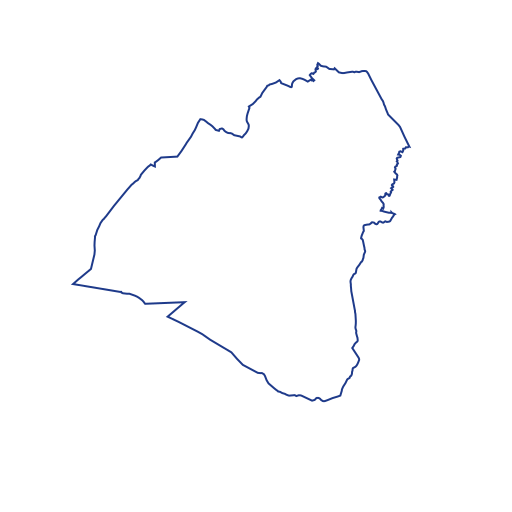 outline of Jilotzingo, México, Mexico, rotated 340°
{"feature_id": "50627088B53803503367130", "entity_name": "Jilotzingo", "entity_type": "district", "adm_level": 2, "iso_a3": "MEX", "parent_name": "Mexico", "parent_adm1": "México", "projection": "robinson", "projection_center": [-99.376, 19.498], "detail": "fine", "context": "isolated", "style": "outline", "palette": "blue", "viewbox_px": 512, "rotation_deg": 340, "n_neighbors": 0, "source": "geoboundaries", "source_scale": "gbopen_adm2", "svg_char_len": 6086}
<svg xmlns="http://www.w3.org/2000/svg" viewBox="0 0 512 512"><g transform="rotate(340 256 256)"><path d="M74.5,219.8L115.9,243.2L117.1,243.6L117.1,244.4L118.2,245.5L121.8,247.3L124.2,248.2L128.7,251.9L130.5,253.7L131.9,255.5L133.9,258.6L134.6,260.2L135.3,262.5L135.5,263.0L173.2,275.0L170.6,275.9L152.2,282.8L160.7,291.4L175.3,307.1L178.7,311.0L184.3,319.0L199.9,338.1L203.0,346.2L206.4,353.8L217.7,366.4L220.1,367.6L220.6,367.7L221.5,368.0L223.0,369.8L223.4,371.8L223.5,376.4L224.2,380.0L227.9,386.6L229.6,389.4L230.1,389.9L230.4,390.8L232.3,392.0L233.0,392.9L233.8,393.8L236.0,395.4L237.0,396.6L238.7,398.1L239.5,398.6L244.8,400.0L246.0,401.4L248.6,401.5L250.2,402.2L251.1,402.9L259.2,411.1L261.7,411.3L262.4,411.1L263.8,410.3L264.4,410.2L264.8,410.2L266.3,410.8L267.4,412.1L267.8,413.3L269.1,415.1L270.2,415.7L271.3,415.9L274.0,415.9L279.4,415.7L284.6,416.0L287.5,416.0L290.5,412.0L291.1,410.8L292.8,409.0L293.7,408.2L296.5,406.1L299.3,403.4L299.9,403.0L302.2,402.6L303.0,401.6L303.5,401.3L304.4,401.1L304.7,400.9L305.8,399.6L306.2,398.8L306.6,397.8L307.4,396.8L308.3,395.0L308.8,394.5L311.5,394.1L312.2,393.8L313.1,393.3L314.3,392.3L315.5,391.1L317.0,389.4L317.4,388.9L317.6,388.3L317.7,387.5L317.6,386.5L315.0,375.4L317.1,373.9L318.4,372.6L320.2,371.6L321.7,371.1L322.3,370.7L322.6,370.3L322.9,369.5L323.4,367.4L323.4,366.4L323.7,363.0L323.9,362.2L324.6,360.9L324.7,360.1L324.7,358.6L324.9,357.4L325.3,356.4L325.8,355.5L326.6,353.8L327.6,351.2L329.6,344.5L329.9,342.4L330.3,341.3L330.5,339.8L333.5,321.7L334.4,318.5L334.9,316.5L335.4,315.2L336.0,312.5L336.4,311.6L337.1,310.6L338.6,309.2L339.5,308.6L341.2,306.9L341.7,306.6L343.2,306.4L344.0,306.0L346.1,302.4L346.9,301.7L347.9,301.0L350.0,299.7L352.6,297.7L353.5,297.5L354.7,296.5L355.3,295.6L356.3,294.5L356.9,293.3L357.8,291.6L359.9,289.4L360.2,288.9L360.3,288.2L360.3,286.9L360.7,285.5L361.0,283.1L361.6,279.1L361.8,277.4L361.2,275.8L360.8,275.5L360.8,275.2L362.2,273.1L364.8,270.2L365.9,269.3L366.8,265.7L367.3,264.7L367.8,264.3L368.4,264.1L371.1,264.5L373.4,265.1L375.5,264.5L375.6,264.3L376.2,264.0L376.8,264.1L378.3,265.0L378.7,265.6L378.8,266.1L379.1,266.6L380.1,267.4L380.9,267.4L381.7,266.9L383.0,265.9L383.6,265.8L384.4,265.9L385.1,266.5L386.2,267.8L387.2,268.2L389.3,267.6L390.7,268.8L392.7,269.2L393.5,269.2L394.1,269.0L397.0,266.5L398.1,265.9L400.1,264.3L400.8,264.2L400.6,263.9L398.7,262.3L398.2,261.2L398.0,261.8L397.4,261.5L395.5,260.7L392.3,258.6L390.8,257.5L389.9,256.6L389.1,256.4L388.6,256.1L388.9,255.6L389.8,255.1L391.0,253.9L391.2,254.1L391.8,254.9L392.8,253.6L393.0,252.6L393.7,250.9L393.5,249.5L392.9,248.1L392.6,247.1L392.4,245.9L391.8,244.2L391.7,243.5L392.0,243.1L392.7,243.1L393.5,242.9L394.1,243.5L394.7,244.2L395.5,244.3L397.2,243.8L398.0,243.4L398.3,243.1L398.7,241.9L399.1,241.5L399.5,241.4L399.9,241.5L400.1,242.7L401.2,243.3L401.4,243.6L401.4,244.8L402.0,245.1L402.3,244.9L403.8,243.1L404.6,242.6L404.6,241.6L405.7,241.0L405.9,240.8L406.6,240.8L407.0,240.6L407.1,240.3L406.2,238.5L406.9,238.3L407.7,237.9L407.9,237.9L408.4,238.1L408.6,238.0L408.7,237.5L407.9,236.1L407.9,235.8L408.6,235.3L410.5,235.0L411.3,234.1L412.0,231.4L414.1,232.5L415.4,230.6L416.0,229.1L416.4,228.7L416.4,227.7L415.6,226.4L414.8,224.4L414.8,224.0L415.5,223.9L416.4,222.5L416.8,222.1L417.1,221.4L416.8,220.5L417.4,219.7L419.3,219.4L419.7,218.1L421.0,217.7L421.0,216.0L420.7,215.2L421.6,214.7L421.5,213.5L421.6,212.5L422.3,212.0L425.5,212.4L426.4,211.4L425.6,210.0L424.3,209.3L426.3,207.4L426.4,207.0L427.6,207.0L429.1,208.5L430.4,207.3L431.0,205.6L433.0,206.0L434.1,205.1L434.9,205.5L436.0,205.8L437.1,205.3L437.5,205.6L436.3,194.6L435.5,184.1L434.8,181.8L428.5,168.2L428.5,166.6L428.4,164.9L428.3,162.6L428.4,159.5L428.1,157.5L428.3,155.2L428.2,153.5L427.7,151.7L424.6,130.2L423.8,122.9L423.2,120.8L422.7,120.0L421.4,119.3L419.5,118.7L418.9,118.5L415.8,118.5L413.5,117.2L412.5,116.9L411.3,117.0L410.1,116.0L409.2,115.7L404.5,114.7L401.3,114.2L399.4,113.5L396.7,111.8L394.1,106.5L393.1,107.3L388.9,105.3L387.1,102.7L386.5,102.0L384.0,100.8L382.5,99.8L382.0,99.4L380.9,97.0L380.2,96.0L378.9,97.4L378.9,97.7L379.1,98.4L379.0,98.7L378.2,99.1L377.8,99.6L378.2,100.4L378.4,100.9L378.4,101.1L378.0,101.3L377.8,101.4L377.4,101.0L377.1,100.9L376.8,101.0L376.6,100.9L376.2,100.4L375.7,101.0L375.5,102.5L375.4,103.0L374.7,103.5L374.1,103.6L373.4,103.6L372.6,104.3L372.1,104.5L371.9,104.3L371.1,103.4L370.8,103.3L369.7,103.6L368.4,104.4L369.4,108.0L370.8,110.8L369.8,111.2L369.2,110.0L368.4,110.0L368.2,109.0L366.1,109.4L364.3,109.8L361.9,107.0L360.3,105.5L358.3,104.1L357.5,103.8L356.1,103.5L354.3,103.5L351.3,104.5L350.7,104.8L349.3,106.0L348.6,106.9L347.5,109.2L347.2,109.4L346.8,109.4L345.9,108.8L345.4,108.2L343.9,106.7L338.8,102.2L338.8,100.6L338.2,98.8L334.0,99.8L330.0,99.8L327.4,99.5L326.3,100.0L324.8,99.9L323.5,101.1L322.8,101.5L317.7,104.9L314.6,107.9L313.3,108.1L310.3,109.3L308.6,110.4L305.0,112.1L300.4,113.1L300.5,114.3L300.5,114.6L296.9,119.1L295.5,121.1L294.9,122.2L294.0,124.1L293.6,125.3L293.5,126.1L293.5,126.8L293.9,129.1L294.0,130.1L293.7,131.4L292.5,133.7L291.9,134.3L290.3,135.8L288.5,137.1L287.6,137.6L286.0,138.3L284.9,139.1L283.5,139.8L283.0,139.6L281.9,138.2L276.8,135.0L275.3,132.8L274.5,132.2L274.2,131.9L272.5,131.2L271.4,130.5L270.1,129.0L269.4,127.9L269.1,127.3L268.7,125.8L268.0,124.9L267.6,124.5L265.3,124.3L264.0,125.7L261.2,123.7L261.0,122.8L259.4,119.2L258.1,117.1L256.3,114.7L255.3,112.9L253.6,110.3L252.2,109.3L250.5,108.4L247.0,111.0L243.7,114.6L241.5,116.8L238.4,119.2L235.7,121.7L229.6,125.9L228.3,127.0L221.8,131.9L216.1,135.7L200.5,131.0L196.9,132.4L194.3,133.2L192.9,133.5L191.6,137.3L190.5,136.3L188.4,134.0L187.0,134.7L185.6,135.0L184.2,135.6L180.4,137.5L175.6,140.3L175.0,141.1L173.2,142.8L172.1,143.3L171.1,144.1L170.5,144.3L168.9,144.5L167.5,144.9L165.3,145.9L163.4,146.5L160.0,148.4L158.1,149.4L139.7,160.3L128.7,167.4L127.0,168.3L125.4,169.3L124.5,169.5L121.1,171.9L118.8,174.4L115.8,177.2L112.5,181.5L111.4,182.4L111.3,183.0L109.2,187.5L107.8,190.9L106.4,195.7L104.7,199.3L96.5,211.7L84.6,216.0L81.1,217.2L74.5,219.8Z" fill="none" stroke="#1e3a8a" stroke-width="2"/></g></svg>